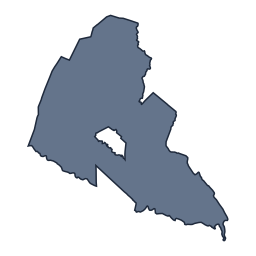 Zvishavane, Midlands, Zimbabwe
{"feature_id": "62879985B59782036697495", "entity_name": "Zvishavane", "entity_type": "district", "adm_level": 2, "iso_a3": "ZWE", "parent_name": "Zimbabwe", "parent_adm1": "Midlands", "projection": "robinson", "projection_center": [30.159, -20.28], "detail": "fine", "context": "isolated", "style": "filled", "palette": "slate", "viewbox_px": 256, "rotation_deg": 0, "n_neighbors": 0, "source": "geoboundaries", "source_scale": "gbopen_adm2", "svg_char_len": 5822}
<svg xmlns="http://www.w3.org/2000/svg" viewBox="0 0 256 256"><path d="M138.3,44.5L138.0,43.1L138.7,42.1L138.7,41.9L138.4,41.5L136.7,40.4L136.6,40.0L137.5,38.6L137.3,37.3L137.5,36.6L137.2,35.6L136.5,34.5L136.6,34.1L136.8,33.7L137.2,33.2L138.0,32.7L138.1,32.4L137.8,31.4L137.1,30.5L136.3,28.3L136.3,27.7L136.5,27.0L136.7,26.7L137.5,26.4L138.0,25.1L138.1,23.7L137.8,23.1L130.4,20.6L123.2,18.3L119.3,18.1L110.6,15.4L106.6,16.9L97.5,24.6L97.3,24.6L93.2,28.0L92.8,29.9L92.1,31.9L91.1,35.9L90.7,36.8L79.7,39.2L69.4,60.1L65.8,58.7L61.3,56.7L57.0,63.5L54.6,67.0L52.1,71.2L50.0,76.6L45.1,88.6L41.8,97.6L41.2,99.8L38.5,106.4L38.3,107.0L38.4,114.7L37.6,116.1L37.0,117.8L34.4,129.5L28.2,146.0L29.6,145.7L31.6,145.6L32.6,146.6L34.1,149.0L36.0,151.5L37.2,151.4L37.5,151.5L38.1,152.3L38.7,153.0L39.7,153.3L40.0,153.8L40.4,155.2L41.1,156.1L42.1,156.4L43.1,156.5L43.5,156.4L44.8,155.8L45.4,155.7L46.2,155.9L46.5,156.8L46.5,157.9L46.8,158.8L47.2,159.7L48.0,160.3L49.0,160.4L50.3,160.2L53.4,161.0L56.9,163.0L57.1,163.6L59.4,165.2L61.4,167.3L62.5,170.4L63.0,170.8L64.8,171.4L67.6,172.1L68.8,172.6L69.7,173.4L70.6,173.4L72.6,172.9L73.7,172.9L74.6,173.3L74.9,173.9L75.1,175.8L75.5,176.8L76.2,177.5L77.0,177.9L77.4,177.7L77.8,177.2L78.3,177.2L78.8,177.4L79.8,178.3L80.8,179.1L82.5,179.7L83.1,179.7L84.8,178.8L85.7,178.6L86.9,178.9L87.3,179.1L89.6,182.6L90.2,183.2L91.1,183.8L94.1,185.3L95.5,185.9L96.5,186.2L96.2,182.0L96.1,170.5L95.9,165.5L124.3,191.8L126.5,193.6L128.2,195.4L129.9,196.8L132.6,199.4L132.5,199.5L132.7,199.9L133.9,200.9L135.2,202.3L135.5,202.4L136.1,203.0L136.0,204.5L134.7,210.3L135.7,210.8L136.1,211.8L136.6,212.1L138.3,211.5L139.2,211.6L140.1,212.0L140.5,212.0L143.4,210.5L145.4,208.6L146.7,206.5L147.3,206.0L148.0,206.4L148.6,208.5L149.4,210.0L150.0,210.3L151.8,210.1L154.0,208.6L154.8,208.8L155.2,210.5L155.4,212.9L156.8,213.9L159.6,213.6L162.4,213.5L166.0,215.4L168.1,216.1L169.0,215.5L169.4,215.6L171.5,218.1L173.2,219.7L174.1,220.3L175.1,220.5L175.2,220.2L175.3,219.4L175.8,218.8L176.3,218.4L178.5,219.0L181.4,220.2L184.2,222.2L184.6,223.1L184.7,224.2L185.1,224.5L186.1,224.7L187.6,224.3L190.9,224.5L192.3,224.4L194.7,223.4L198.8,222.5L201.2,222.3L203.2,223.5L205.0,224.7L207.3,225.8L208.3,225.9L209.2,225.4L209.7,225.5L210.8,226.2L211.4,226.4L211.7,227.1L212.1,227.2L213.7,228.4L214.7,228.9L215.2,228.7L215.3,228.2L214.7,227.6L214.5,226.8L214.6,226.3L215.5,225.8L216.1,224.8L217.0,224.4L218.0,224.2L218.5,224.2L219.0,224.5L219.2,225.6L219.4,226.2L220.7,227.9L221.1,229.4L222.0,231.1L222.1,232.4L221.9,233.3L221.9,234.4L222.7,236.6L223.6,237.4L223.8,237.9L223.7,238.6L223.3,239.2L223.1,239.9L223.5,240.5L224.4,240.6L224.9,240.2L225.6,238.1L224.7,236.4L224.4,235.5L224.3,234.1L224.7,232.9L224.9,231.3L224.7,229.1L224.3,226.8L223.1,224.6L223.1,223.3L223.4,222.5L224.0,221.3L225.2,220.4L227.4,220.4L227.8,219.5L227.6,218.3L226.9,216.7L224.6,212.7L222.8,209.0L219.4,204.4L216.3,199.6L216.0,199.4L215.6,198.9L214.7,198.0L213.9,197.0L213.5,195.8L214.4,193.7L214.2,192.6L212.6,190.3L209.8,187.3L208.7,185.9L208.1,185.6L207.6,185.6L203.5,180.6L202.4,179.9L201.8,178.9L201.4,177.3L200.8,176.9L200.3,176.1L199.1,172.5L198.5,172.2L198.0,172.5L196.9,173.7L195.4,174.6L194.9,174.7L193.2,173.1L188.5,166.0L187.9,164.3L187.3,163.2L187.3,161.2L187.7,159.4L187.8,157.8L187.4,157.1L187.0,157.0L186.0,155.8L179.5,153.5L178.4,153.0L177.0,153.2L176.2,152.6L174.7,152.1L171.2,152.0L170.2,151.6L169.1,150.4L168.0,148.4L166.3,146.2L166.1,145.9L166.0,144.6L166.1,141.7L170.8,129.2L170.9,127.8L171.2,126.8L171.5,126.4L172.8,125.4L172.9,125.1L172.9,124.4L173.4,123.2L173.1,122.4L173.3,121.9L174.0,121.1L174.7,120.8L175.0,120.5L175.1,120.1L175.0,119.3L175.1,118.6L176.3,115.8L176.3,114.9L175.7,114.1L175.9,113.3L176.1,112.2L175.8,111.4L175.6,111.3L167.7,104.8L167.5,104.5L153.2,92.7L145.2,100.5L142.1,104.0L141.5,104.3L141.2,103.6L141.2,102.6L140.7,102.0L139.6,102.0L139.2,101.7L139.1,101.2L139.8,100.2L140.1,99.1L140.4,98.7L141.2,98.3L142.3,98.3L142.5,97.9L142.5,96.8L142.7,96.3L142.9,95.1L142.7,94.8L142.7,94.0L143.6,91.9L144.4,87.2L144.4,86.2L144.1,85.6L144.0,84.9L143.7,83.6L143.2,82.6L143.0,80.8L142.4,79.1L142.0,78.4L142.0,78.0L143.0,76.6L143.3,76.4L143.7,76.4L144.4,76.2L144.8,75.4L145.5,74.2L145.6,73.1L145.9,72.0L147.0,70.5L147.0,69.7L147.2,69.3L147.5,69.0L148.1,68.9L149.6,69.1L149.9,69.0L150.3,68.6L150.4,68.0L150.3,67.4L149.6,65.7L149.6,65.4L149.9,65.0L149.9,64.2L149.7,63.0L150.1,61.8L150.1,61.3L150.5,60.0L151.2,59.3L151.5,58.6L151.1,57.9L149.6,57.4L147.1,55.5L146.5,55.3L145.5,54.4L145.3,54.0L144.8,52.6L144.7,51.5L144.4,50.9L143.8,51.1L142.6,51.0L141.8,50.3L141.5,49.8L140.9,49.5L139.9,48.6L138.0,47.5L137.6,45.9L137.7,45.3L138.1,44.5L138.3,44.5ZM98.9,131.7L108.4,126.8L112.4,129.7L112.8,129.9L113.4,129.9L113.5,130.3L113.8,130.4L113.9,130.2L114.1,130.1L114.3,130.1L114.4,130.3L114.7,130.3L115.9,129.5L116.6,130.4L116.7,130.8L116.8,131.5L116.6,132.1L116.6,132.7L121.5,136.6L120.8,138.3L126.0,143.0L125.1,151.1L124.9,154.2L125.0,159.6L124.2,158.6L123.4,158.2L123.1,157.3L123.0,156.5L121.9,155.3L121.7,155.6L121.7,156.4L121.3,156.5L120.3,155.2L119.8,155.0L118.4,154.9L117.3,155.2L115.3,154.8L114.9,154.2L115.1,153.0L115.0,152.7L114.7,152.6L114.3,152.8L113.8,152.7L113.2,152.4L112.4,152.2L111.8,151.6L111.7,151.1L111.8,150.2L112.1,149.7L111.9,149.2L110.9,148.6L110.8,147.9L110.5,147.7L110.1,147.9L109.5,147.9L108.7,147.6L108.0,147.1L108.0,146.5L107.9,146.4L107.1,146.2L106.6,145.6L106.7,145.3L107.2,145.2L107.7,144.9L107.7,144.6L107.5,144.4L106.3,144.5L105.8,143.6L105.0,142.7L104.7,142.5L104.3,143.1L104.0,143.2L103.3,143.4L102.7,143.3L102.6,143.5L102.3,143.5L102.4,141.4L102.2,141.1L101.9,141.0L101.3,141.0L101.0,141.1L99.6,140.8L98.8,141.4L98.6,141.4L98.2,140.7L98.0,140.1L94.7,136.6L95.7,135.5L95.8,135.2L95.7,134.5L95.9,133.3L96.1,133.0L97.1,132.7L97.2,132.8L98.9,131.7Z" fill="#64748b" stroke="#1e293b" stroke-width="1.5"/></svg>